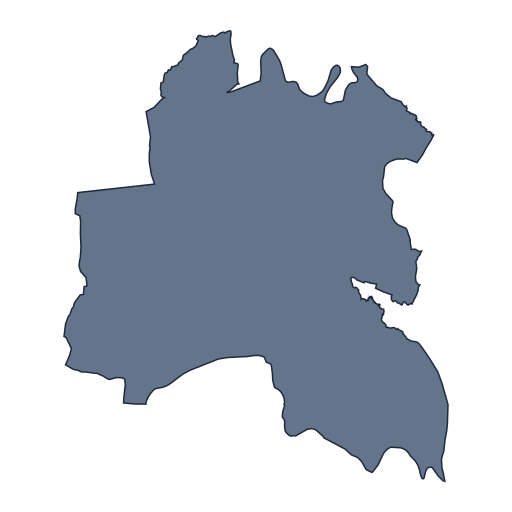 Mueang Saraburi, Saraburi, Thailand
{"feature_id": "78962969B17861572852327", "entity_name": "Mueang Saraburi", "entity_type": "district", "adm_level": 2, "iso_a3": "THA", "parent_name": "Thailand", "parent_adm1": "Saraburi", "projection": "robinson", "projection_center": [100.948, 14.498], "detail": "fine", "context": "isolated", "style": "filled", "palette": "slate", "viewbox_px": 512, "rotation_deg": 0, "n_neighbors": 0, "source": "geoboundaries", "source_scale": "gbopen_adm2", "svg_char_len": 5972}
<svg xmlns="http://www.w3.org/2000/svg" viewBox="0 0 512 512"><path d="M171.8,66.6L170.3,70.1L168.4,69.9L167.3,72.3L165.0,73.2L164.4,74.7L163.2,81.9L162.5,82.5L161.0,82.8L160.4,88.9L161.3,91.9L160.9,95.3L162.0,96.7L164.5,97.6L162.5,98.5L154.2,107.3L146.1,111.6L150.5,136.8L149.5,146.3L150.1,146.7L149.3,153.7L149.3,161.9L151.3,174.1L154.5,184.1L77.7,192.6L77.3,197.5L75.2,209.3L75.3,213.7L79.8,215.8L80.6,221.2L80.4,234.0L81.0,247.4L80.3,257.6L79.4,261.8L79.1,266.3L80.6,271.5L86.0,277.5L87.0,285.9L84.1,286.6L83.4,294.5L80.2,294.9L74.5,302.7L73.5,306.6L71.7,309.2L70.0,314.4L68.3,316.5L65.6,323.8L64.0,336.5L66.1,337.5L71.4,348.6L69.6,355.5L65.5,364.8L72.5,368.9L75.3,369.9L77.4,370.1L81.7,372.0L86.3,372.0L92.6,373.0L96.9,373.3L103.8,376.4L107.0,378.6L109.4,379.5L116.4,377.6L120.6,377.7L123.6,378.3L124.7,379.4L125.3,384.8L123.9,397.1L123.6,403.0L134.4,404.0L145.1,404.1L145.9,404.1L145.9,402.5L147.1,399.3L149.2,395.2L153.2,390.3L155.6,388.6L162.3,387.4L165.5,386.3L168.4,384.8L171.3,382.9L182.8,374.1L189.6,370.5L193.6,368.8L217.4,359.4L219.6,358.8L227.8,357.5L247.5,356.5L253.5,355.6L258.5,355.4L262.3,356.3L264.4,357.3L266.2,362.1L270.8,364.1L271.3,365.2L272.3,372.6L272.8,380.5L274.3,386.7L275.0,387.6L278.6,389.7L280.6,391.5L282.0,393.5L284.0,397.8L284.6,402.0L284.1,404.4L284.6,405.2L282.7,411.8L282.3,416.9L284.6,420.4L284.6,426.8L285.1,430.8L286.2,432.6L289.0,435.3L290.8,436.1L293.3,435.7L295.7,435.9L306.9,429.5L311.8,428.5L314.7,429.3L316.3,430.3L322.6,435.9L324.1,438.0L344.8,448.9L351.5,454.9L357.9,457.6L361.9,461.9L366.1,469.6L371.8,472.4L372.8,471.8L378.1,464.9L383.0,454.5L384.8,451.6L387.9,448.8L390.6,447.2L400.7,447.8L403.9,449.0L406.3,450.5L408.7,453.2L410.6,456.2L415.3,460.9L417.9,465.2L419.4,469.6L420.5,474.5L421.7,477.9L422.2,478.5L423.4,478.8L424.1,477.9L425.6,471.4L427.0,468.5L428.6,467.5L431.4,467.1L432.2,467.5L438.3,476.1L442.9,480.7L444.8,481.3L443.3,473.3L441.9,467.6L441.5,459.5L442.0,456.9L443.8,451.2L445.1,439.3L446.6,431.6L447.4,423.9L448.0,404.6L442.0,383.4L437.8,371.9L429.7,358.7L422.2,347.7L418.8,343.4L416.8,342.0L410.2,340.8L409.3,339.9L407.8,339.3L406.1,337.8L405.7,336.7L403.4,334.3L403.3,333.4L402.7,332.9L402.8,331.8L398.3,329.4L397.9,328.6L396.4,329.5L395.4,328.3L394.4,327.7L392.8,327.6L390.7,328.1L389.2,327.9L387.9,327.2L386.3,327.3L385.7,326.3L386.0,325.0L384.6,323.4L382.2,321.6L381.2,319.5L382.0,318.0L381.7,317.1L382.2,316.4L382.4,314.2L382.8,314.0L383.4,314.5L384.0,311.4L383.6,309.2L381.7,309.2L381.1,308.2L380.1,308.1L379.4,307.1L379.6,306.4L378.9,306.0L380.0,304.7L379.1,304.1L378.6,304.8L377.6,304.8L377.5,304.2L375.6,303.3L375.2,302.5L374.4,302.7L374.3,301.6L373.3,300.7L373.3,300.0L372.7,299.8L372.6,298.9L371.8,298.6L372.3,297.9L371.7,296.5L371.0,296.6L370.9,297.5L369.6,296.8L369.7,297.6L369.4,298.0L368.4,297.9L368.1,299.6L367.5,300.1L368.2,300.4L367.7,300.9L366.9,300.2L365.9,300.9L365.4,299.6L363.7,298.8L362.7,298.7L361.3,299.3L361.7,298.5L360.9,297.6L360.4,294.8L359.1,293.5L358.6,291.4L358.6,289.8L357.9,289.5L357.0,287.9L355.7,287.3L354.6,288.0L352.7,286.5L352.3,283.7L351.8,283.2L351.6,281.8L351.0,281.2L351.3,280.1L350.7,279.5L351.3,277.5L352.1,277.1L355.1,278.1L357.0,280.0L364.1,282.8L364.6,281.7L366.1,281.7L371.3,283.3L376.6,284.0L375.6,288.3L383.7,292.0L392.0,294.9L391.3,296.7L391.4,299.5L392.7,301.4L393.6,301.7L394.4,300.9L395.6,300.8L397.6,303.0L398.8,303.0L401.4,304.9L402.2,304.7L402.3,303.8L402.7,303.7L403.3,302.1L404.5,301.7L405.0,302.0L405.2,302.8L405.9,302.9L406.5,304.0L407.6,304.9L408.2,305.0L411.0,303.4L411.9,304.1L416.9,294.1L418.4,289.4L418.1,287.8L419.8,284.9L418.7,284.9L416.2,282.0L415.8,280.7L415.4,276.6L416.7,269.1L416.4,265.2L415.9,262.6L416.1,261.0L417.6,258.6L417.7,257.1L419.7,255.1L421.5,251.0L419.4,251.6L415.3,249.2L411.3,249.4L410.4,243.8L410.1,239.2L406.7,229.4L405.4,228.0L399.3,225.5L396.2,223.4L393.6,220.0L392.4,217.6L391.5,212.7L391.8,208.3L393.0,202.2L392.8,201.0L385.6,193.3L384.1,190.3L383.3,189.4L382.9,188.2L382.5,180.4L383.5,176.9L384.7,166.6L386.7,164.0L389.1,162.1L391.2,161.0L395.7,159.4L397.8,159.0L403.2,159.1L406.1,158.5L417.0,162.6L422.5,154.8L426.2,147.9L431.2,139.9L433.7,135.0L433.6,134.6L432.1,135.5L431.8,135.1L431.7,132.9L431.2,132.9L429.9,131.7L426.3,131.4L426.2,130.6L426.6,129.3L425.2,128.8L423.9,127.0L422.4,127.0L420.5,124.5L420.3,123.9L420.9,122.7L420.6,122.1L419.5,121.7L418.2,122.3L417.9,121.6L417.2,121.4L417.2,120.6L416.3,120.4L415.6,119.6L416.9,118.8L416.8,118.3L416.2,118.2L416.4,116.2L416.0,115.6L415.1,114.9L413.9,114.9L413.7,114.4L411.8,113.5L410.2,113.6L410.1,112.6L406.5,111.0L407.0,108.4L406.6,107.4L405.5,107.1L406.0,106.2L405.1,106.6L403.1,105.0L401.1,101.6L391.2,98.0L385.5,93.3L383.1,89.7L380.9,88.2L377.0,86.1L367.1,74.5L366.9,72.6L367.6,66.6L365.8,64.5L358.6,67.2L351.4,66.6L351.8,68.8L353.2,72.0L357.3,77.4L357.8,79.6L357.3,81.6L355.8,82.6L351.2,82.9L348.5,85.0L346.3,88.4L345.2,91.0L343.5,99.5L342.8,100.8L341.0,101.6L336.4,101.9L330.8,103.9L327.9,103.4L325.4,102.1L324.6,101.0L324.6,99.2L326.4,93.6L328.6,89.4L330.6,86.2L337.2,78.0L339.8,73.7L340.4,71.5L340.3,68.9L340.0,67.7L338.4,65.8L336.9,65.2L335.4,65.6L333.4,67.2L331.3,69.8L328.0,80.9L324.4,88.2L322.8,90.7L321.0,92.4L317.1,95.1L313.3,96.5L309.5,96.2L304.1,93.4L300.7,90.7L299.3,88.8L297.9,84.3L296.3,82.2L293.3,81.4L287.9,82.3L285.8,81.1L285.3,80.3L281.1,64.5L279.5,60.4L273.7,50.6L272.4,49.3L270.5,48.3L269.6,48.3L268.0,49.1L262.7,54.3L261.4,56.4L260.7,61.1L261.1,73.6L260.2,80.9L230.4,92.1L226.4,92.6L229.3,91.1L236.9,84.3L238.9,83.9L237.7,81.6L237.5,75.5L237.2,74.0L238.2,64.9L237.6,63.7L233.8,62.7L234.5,59.8L233.0,55.9L230.6,43.9L230.3,39.0L231.1,34.3L230.8,31.2L229.7,30.7L226.8,31.8L224.9,33.0L223.8,32.1L221.0,32.7L215.2,36.6L212.5,35.5L210.2,36.5L208.5,36.1L206.0,37.1L204.8,36.4L202.7,36.6L200.2,35.5L198.5,35.6L196.6,38.7L196.7,39.2L198.0,40.3L198.1,41.0L195.8,46.1L192.4,48.7L190.6,49.2L186.6,52.9L183.4,55.2L182.3,59.9L178.4,63.2L178.0,65.0L175.6,65.7L173.1,66.8L171.8,66.6Z" fill="#64748b" stroke="#1e293b" stroke-width="1.5"/></svg>